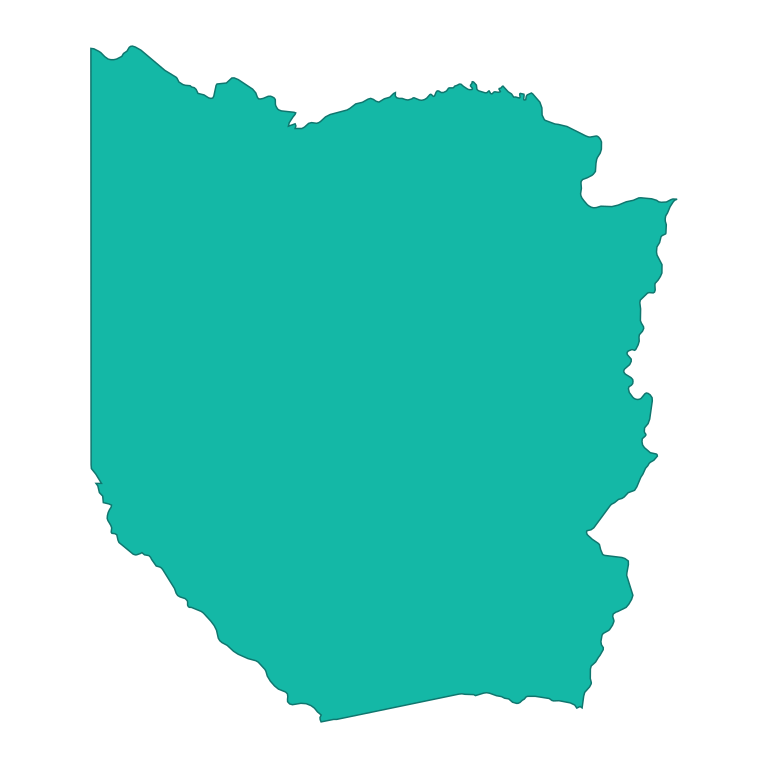 the border of Western
{"feature_id": "ZMB-523", "entity_name": "Western", "entity_type": "Province", "adm_level": 1, "iso_a3": "ZMB", "parent_name": "Zambia", "parent_adm1": "", "projection": "mercator", "projection_center": [24.246, -15.661], "detail": "fine", "context": "isolated", "style": "filled", "palette": "teal", "viewbox_px": 768, "rotation_deg": 0, "n_neighbors": 0, "source": "natural_earth", "source_scale": "10m", "svg_char_len": 5983}
<svg xmlns="http://www.w3.org/2000/svg" viewBox="0 0 768 768"><path d="M96.0,483.4L101.5,483.4L95.8,474.1L91.4,468.6L91.1,464.9L90.9,48.4L93.9,48.8L98.8,51.3L100.8,52.6L104.8,56.7L108.2,59.1L110.9,59.7L113.7,59.7L116.5,59.1L121.8,56.4L123.5,53.5L127.0,51.1L129.2,47.4L130.5,46.4L132.4,46.1L135.3,47.0L141.0,50.2L164.9,70.4L176.2,77.3L177.0,78.2L178.9,82.0L183.0,84.6L185.4,85.3L190.1,85.7L191.6,87.0L194.3,87.7L196.1,89.4L198.0,93.4L204.0,94.9L208.7,97.9L210.8,98.4L212.7,98.1L213.8,96.2L216.1,85.4L217.0,84.0L226.4,83.0L231.8,78.0L234.2,77.9L238.3,79.6L252.6,89.1L255.8,92.9L257.3,97.1L258.5,98.8L260.3,99.0L263.2,98.4L268.2,96.3L270.5,96.2L271.9,96.7L274.0,97.8L274.8,98.8L275.3,99.7L275.4,104.3L275.9,106.1L277.6,109.0L279.0,110.0L281.4,110.9L294.1,112.3L295.7,112.9L295.0,114.5L292.8,117.2L289.2,122.8L288.4,126.2L295.1,123.8L295.9,125.9L295.1,128.5L301.9,128.5L304.5,127.1L308.6,123.4L311.5,122.6L316.7,123.3L318.8,122.6L320.5,121.5L325.5,116.9L330.2,114.5L347.1,110.0L349.9,108.4L355.7,103.9L362.4,102.3L368.1,99.1L370.7,98.4L373.4,99.4L376.0,101.2L378.9,102.1L384.3,98.8L389.8,97.2L393.6,93.5L395.4,92.6L395.3,95.9L396.6,97.7L399.0,98.4L402.1,98.4L405.5,99.6L408.0,100.0L411.8,98.9L413.1,97.9L414.1,97.8L419.5,100.0L421.5,100.3L423.0,100.0L424.6,99.5L426.7,98.2L429.9,94.6L430.6,94.3L431.3,94.5L433.3,96.4L434.5,96.0L436.1,92.2L437.2,90.9L438.8,91.0L441.1,92.5L443.5,92.5L446.5,91.0L448.5,88.2L449.3,87.9L452.8,87.9L453.6,87.6L454.6,86.2L457.1,85.3L459.3,84.1L461.0,84.2L463.5,86.4L467.9,89.3L469.8,89.7L472.0,89.5L472.4,88.9L472.3,88.2L470.5,86.0L470.5,85.2L471.9,83.3L472.2,81.8L472.9,81.7L473.9,82.3L476.4,85.1L476.9,89.3L477.7,90.2L479.2,91.0L485.4,92.9L487.0,92.6L488.7,91.0L489.1,90.9L490.5,93.3L491.1,93.8L492.2,93.7L494.0,92.0L494.9,91.8L498.3,92.3L500.0,91.9L500.4,91.5L499.0,89.1L499.2,88.5L500.8,88.1L502.4,86.3L503.0,86.1L508.2,91.8L511.5,93.9L513.7,97.1L515.7,97.0L519.2,98.0L519.8,97.7L520.1,97.0L519.7,94.6L519.8,93.8L520.3,93.4L523.9,94.2L524.1,95.2L523.7,99.2L523.9,99.8L524.5,100.0L525.7,99.7L526.3,96.3L527.2,94.9L531.4,93.0L532.8,94.0L539.9,102.2L541.9,107.9L542.1,115.0L544.3,119.6L545.3,120.4L555.0,124.0L558.3,124.4L567.0,126.5L585.5,135.8L588.4,136.9L590.0,137.1L596.3,136.0L597.5,136.3L598.7,137.2L600.4,139.3L601.5,142.0L601.4,149.2L600.2,153.1L597.4,157.5L596.7,159.3L596.0,163.1L595.4,171.5L593.3,174.2L592.0,175.3L587.2,177.8L582.6,179.5L581.1,181.5L581.0,183.5L581.4,188.3L580.6,193.8L580.9,195.7L581.9,198.0L583.9,200.7L587.3,204.7L588.7,205.8L591.2,207.2L593.6,207.8L596.3,207.6L600.9,206.2L611.9,206.6L618.2,205.1L626.2,201.8L633.3,200.3L638.8,197.9L641.0,197.8L651.7,198.8L656.6,200.3L658.7,201.8L661.2,202.3L666.4,202.0L671.0,199.6L672.9,199.0L677.1,199.2L674.6,200.3L673.0,202.2L670.1,206.7L667.5,212.9L665.7,215.9L665.2,218.7L665.3,221.3L666.3,224.7L665.9,233.1L665.6,233.9L662.1,235.6L661.0,236.8L659.6,242.5L656.9,247.0L656.5,252.0L657.0,255.0L662.0,264.7L661.9,273.0L660.4,276.5L658.1,280.1L655.1,283.4L654.9,285.1L655.2,290.0L654.5,292.1L653.2,292.9L649.1,292.6L647.5,293.1L640.3,300.1L639.8,302.7L640.6,308.9L640.4,320.6L641.3,323.0L643.5,326.7L643.7,328.5L642.5,331.2L639.4,334.7L639.0,337.1L639.2,341.2L638.1,344.9L635.8,349.4L634.7,350.3L632.3,349.6L631.5,349.7L628.3,351.0L627.2,352.3L627.0,353.2L627.4,354.7L631.2,359.1L631.2,361.4L629.7,364.6L624.5,369.1L623.7,370.9L624.0,372.4L625.3,374.1L631.1,377.7L632.7,379.5L633.0,381.4L632.7,383.6L631.3,385.3L629.0,386.7L628.4,388.7L629.3,392.5L632.8,397.3L634.1,398.4L635.7,399.2L637.7,399.5L639.6,399.2L641.1,398.4L644.9,393.8L646.3,393.0L648.1,393.4L650.2,394.9L652.1,397.7L652.3,400.8L649.7,419.1L648.1,423.6L644.6,427.8L644.3,431.5L644.7,432.7L645.8,434.2L645.9,435.0L645.1,436.2L642.3,438.7L642.0,441.7L642.6,445.0L644.5,447.7L650.3,452.7L656.3,454.0L657.0,454.5L657.4,456.1L653.9,460.2L650.3,462.3L649.1,463.4L647.8,465.7L645.5,468.3L642.9,474.1L640.8,477.3L636.8,486.9L634.6,490.3L628.2,492.7L624.2,497.0L622.0,498.4L618.5,499.4L614.6,502.6L611.6,504.2L610.4,505.3L593.8,527.8L591.0,529.8L587.0,530.7L586.5,532.1L587.0,534.2L587.9,535.3L592.3,539.3L598.2,543.3L599.4,544.5L600.7,549.8L602.6,554.3L603.6,555.0L604.7,555.4L621.9,557.5L624.9,558.5L628.3,561.0L628.4,564.6L626.9,572.8L626.7,575.5L632.9,595.3L631.6,599.4L628.8,604.2L626.1,607.4L617.6,611.6L616.0,612.1L613.2,614.0L612.7,616.5L613.9,620.5L613.9,621.5L612.5,625.2L609.5,629.7L608.5,630.5L604.0,633.0L602.7,634.0L602.0,635.3L600.9,641.7L601.5,644.9L603.3,647.6L603.2,649.7L600.0,655.3L598.4,657.4L595.6,662.0L591.2,666.0L590.4,669.0L590.3,678.5L591.3,682.6L591.2,683.8L589.6,686.9L584.7,692.4L583.7,696.1L582.1,707.9L580.1,706.5L576.8,708.1L574.7,705.0L570.3,702.9L559.0,700.7L553.7,700.9L552.0,700.5L549.2,698.5L535.2,696.3L527.8,696.3L526.2,696.8L524.2,699.2L522.4,700.2L519.9,702.5L518.1,703.3L516.6,703.4L512.5,702.2L508.7,698.9L504.6,698.2L501.5,696.6L496.5,695.7L489.6,693.2L486.6,692.7L483.7,693.1L475.5,695.6L473.7,694.6L465.0,694.3L461.9,693.8L458.9,694.1L336.7,719.4L333.6,719.4L321.1,721.9L320.2,719.7L320.0,717.5L321.2,715.0L317.5,711.9L314.4,708.1L311.0,705.6L306.2,703.7L300.9,703.3L292.4,704.7L289.6,703.9L287.6,701.7L287.5,699.3L287.8,696.6L287.4,693.8L285.6,692.0L278.4,689.1L274.5,685.9L270.4,681.2L267.3,676.1L266.0,671.5L265.0,669.5L258.2,662.1L255.8,660.7L248.0,658.6L238.1,654.2L233.6,651.3L227.1,645.3L222.0,642.6L219.8,640.7L218.3,638.2L216.5,630.2L214.2,625.6L210.8,621.1L203.5,613.1L201.2,611.4L191.4,607.4L189.3,607.3L188.3,606.6L187.6,605.1L187.6,602.1L187.3,600.7L185.2,598.6L180.0,596.9L177.7,595.5L176.2,593.3L174.5,588.5L162.6,569.4L161.3,567.9L159.8,567.0L156.2,566.0L151.6,559.4L150.5,557.2L148.9,555.6L144.5,554.8L141.9,552.6L140.7,553.4L136.7,554.8L135.4,554.9L133.2,554.2L119.0,542.5L118.0,540.2L116.8,534.8L115.0,533.7L111.9,533.3L111.2,532.1L111.7,527.9L110.8,525.4L108.0,520.7L107.2,518.5L107.4,515.7L108.2,512.5L109.6,509.5L111.1,507.3L111.5,505.1L108.8,503.9L103.3,502.6L102.7,496.1L99.4,492.6L97.8,485.8L96.0,483.4Z" fill="#14b8a6" stroke="#0f766e" stroke-width="1.5"/></svg>